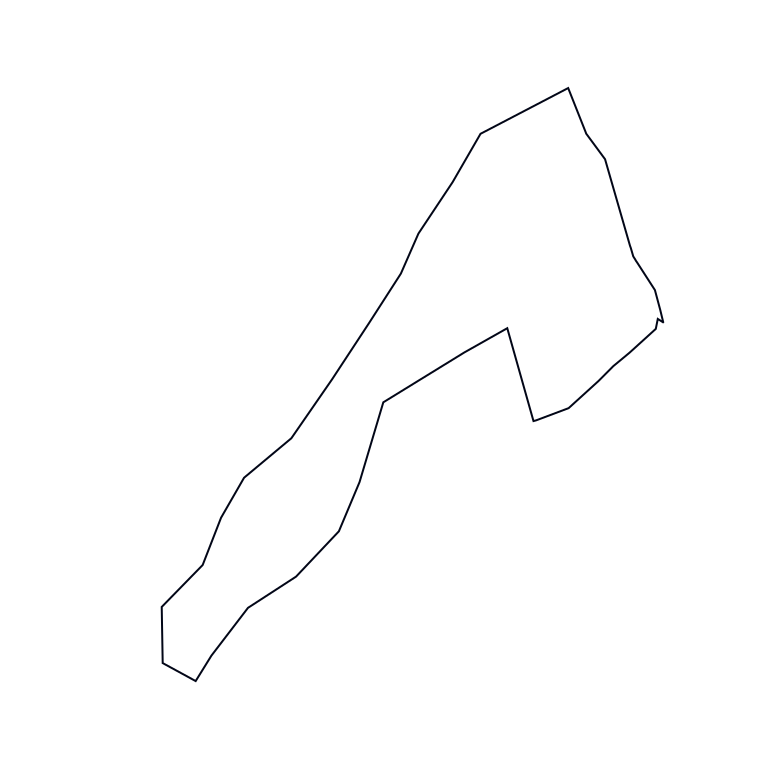 the district of Avaza, Balkan, Turkmenistan, rotated 75°
{"feature_id": "10190150B47051626377462", "entity_name": "Avaza", "entity_type": "district", "adm_level": 2, "iso_a3": "TKM", "parent_name": "Turkmenistan", "parent_adm1": "Balkan", "projection": "mercator", "projection_center": [52.922, 39.907], "detail": "fine", "context": "isolated", "style": "outline", "palette": "ink", "viewbox_px": 768, "rotation_deg": 75, "n_neighbors": 0, "source": "geoboundaries", "source_scale": "gbopen_adm2", "svg_char_len": 689}
<svg xmlns="http://www.w3.org/2000/svg" viewBox="0 0 768 768"><g transform="rotate(75 384 384)"><path d="M193.2,124.0L145.8,129.5L167.3,226.0L206.8,265.5L247.6,311.8L281.7,339.1L321.2,382.6L366.1,433.0L412.4,487.5L438.3,543.4L471.0,576.0L511.9,606.0L541.8,656.4L596.3,670.0L622.2,642.8L601.7,621.0L565.0,573.3L547.3,518.8L514.6,465.7L472.4,433.0L401.5,389.4L374.3,298.2L362.0,250.5L458.5,249.2L458.5,246.6L455.1,211.9L436.5,175.8L426.1,157.9L417.3,138.7L401.1,107.2L392.0,102.7L396.6,98.5L396.5,98.3L384.1,98.0L363.4,98.0L332.0,108.1L329.8,108.9L329.1,109.0L325.3,110.2L316.5,110.4L314.2,110.6L224.1,112.3L194.5,123.9L193.2,124.0Z" fill="none" stroke="#020617" stroke-width="2"/></g></svg>